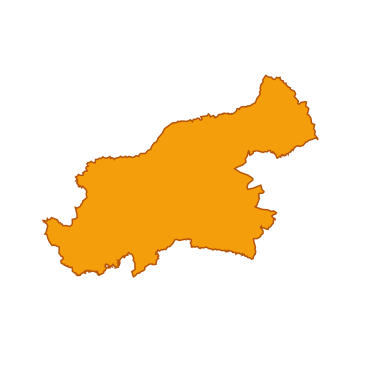 outline of Hot, Chiang Mai, Thailand, rotated 319°
{"feature_id": "78962969B71895248722422", "entity_name": "Hot", "entity_type": "district", "adm_level": 2, "iso_a3": "THA", "parent_name": "Thailand", "parent_adm1": "Chiang Mai", "projection": "albers", "projection_center": [98.473, 18.094], "detail": "fine", "context": "isolated", "style": "filled", "palette": "amber", "viewbox_px": 384, "rotation_deg": 319, "n_neighbors": 0, "source": "geoboundaries", "source_scale": "gbopen_adm2", "svg_char_len": 6041}
<svg xmlns="http://www.w3.org/2000/svg" viewBox="0 0 384 384"><g transform="rotate(319 192 192)"><path d="M324.2,152.4L319.1,153.8L318.2,155.3L316.9,155.9L314.5,156.2L311.6,158.3L310.6,160.3L309.0,160.6L307.3,163.1L303.0,163.8L298.2,166.2L294.1,165.1L293.0,165.4L290.2,163.4L289.3,163.6L285.5,160.4L283.5,160.0L281.9,160.6L281.7,159.6L280.6,158.8L278.4,160.1L273.8,159.8L273.3,158.8L272.6,159.0L271.6,157.5L270.8,157.4L271.0,156.3L269.0,155.1L268.0,153.5L266.7,153.6L266.4,152.8L265.0,152.6L263.0,151.1L260.2,151.8L258.9,150.7L258.0,151.0L258.5,148.4L255.1,147.3L255.9,145.3L255.6,143.9L253.5,144.5L248.1,141.0L247.2,143.7L246.0,143.7L245.4,142.8L245.7,141.3L244.7,140.0L242.2,139.5L240.7,138.1L238.4,139.2L238.2,136.5L234.7,135.5L230.2,131.2L228.9,131.0L228.1,129.6L225.6,129.3L222.6,127.1L212.7,126.2L208.4,128.2L201.4,129.1L200.2,130.1L197.8,130.8L195.6,130.1L191.1,131.3L189.0,132.7L186.0,131.7L182.0,132.3L178.4,129.2L176.6,129.3L175.1,130.3L173.6,127.9L171.1,127.6L169.8,126.9L167.9,123.9L165.7,123.4L165.4,121.6L162.2,120.5L161.7,118.3L160.0,118.2L155.9,116.1L154.7,116.5L154.8,115.4L154.0,113.4L152.6,113.3L153.3,111.4L149.9,110.6L148.1,108.5L147.8,107.0L145.4,107.1L144.4,105.8L142.4,105.6L140.5,104.2L138.2,106.4L136.9,105.5L136.0,102.7L133.8,102.5L132.8,101.6L131.1,101.9L130.7,104.4L128.8,103.7L127.6,104.3L126.7,107.4L125.2,106.2L122.1,105.9L121.8,107.3L120.8,107.9L118.4,105.9L117.8,104.2L116.1,104.8L113.9,104.3L114.0,107.0L111.7,107.5L112.9,108.4L111.1,109.6L111.5,110.2L110.8,110.7L111.0,112.0L110.0,113.2L110.2,114.1L111.4,113.8L111.8,114.2L111.5,116.4L113.1,116.0L113.6,120.7L112.7,122.9L111.0,123.9L108.9,127.3L104.0,127.1L101.5,128.6L100.0,128.6L98.2,129.6L94.7,128.8L93.8,127.1L90.8,133.0L88.6,135.9L86.1,135.7L83.7,134.1L81.2,137.1L79.6,138.0L77.2,137.9L75.0,134.8L72.6,132.9L72.8,130.7L72.1,130.2L72.3,128.5L71.4,127.7L72.1,124.5L69.1,119.1L66.6,119.7L65.4,118.5L65.4,117.2L63.5,118.7L60.9,115.8L60.6,117.5L61.5,120.3L61.0,122.9L55.3,126.8L53.4,127.2L54.3,128.3L54.4,129.6L52.8,132.4L51.8,136.1L51.3,140.5L53.4,141.9L55.7,146.5L51.5,150.9L51.1,155.1L51.8,155.8L51.6,157.4L50.6,158.0L48.1,157.7L46.7,159.6L47.5,162.4L48.4,163.0L47.8,163.3L48.5,165.5L49.7,166.0L49.2,166.4L49.6,167.8L50.3,169.0L50.7,168.8L52.1,170.0L49.8,173.4L50.3,176.0L51.1,176.8L50.4,178.5L51.2,179.0L50.7,179.5L50.9,180.1L52.2,180.4L52.1,181.0L53.2,181.5L54.7,181.0L57.1,181.4L58.2,183.2L58.7,181.5L59.4,182.1L59.7,181.6L60.3,182.0L60.4,182.8L62.1,182.7L61.8,184.5L63.2,184.4L62.5,185.3L65.5,186.6L65.9,187.9L66.8,188.3L66.8,189.2L67.7,189.3L67.2,190.9L67.9,190.7L67.1,191.7L67.8,191.9L67.7,192.7L66.9,193.5L67.3,193.8L72.2,195.1L73.9,193.9L74.9,194.4L77.9,193.0L77.4,191.3L78.5,191.1L78.8,190.0L79.6,189.8L80.6,191.0L81.0,192.9L79.8,193.3L78.8,194.5L80.8,195.4L80.8,194.3L81.4,194.3L82.7,195.0L82.8,195.7L83.2,194.9L85.0,194.8L84.7,197.2L85.5,198.0L84.3,198.9L87.2,200.4L88.2,198.8L89.0,199.5L90.0,198.9L89.4,198.8L89.3,198.0L90.7,197.8L89.8,196.7L90.9,196.7L91.1,194.9L92.2,196.6L92.8,195.8L98.1,195.2L97.8,197.1L98.7,197.1L99.7,196.2L102.3,197.5L102.5,196.4L104.5,196.2L104.5,197.9L105.7,199.2L105.6,200.8L104.6,203.7L102.8,205.0L102.6,207.6L98.2,213.2L94.3,212.6L92.2,217.5L94.3,218.0L97.4,217.5L99.3,218.8L100.6,218.5L104.3,219.6L105.8,219.2L106.9,217.9L112.7,218.5L114.9,220.5L114.9,221.3L117.5,222.9L120.6,220.1L123.3,220.1L123.2,219.3L124.1,218.2L124.9,218.5L125.6,216.6L124.9,215.3L123.9,215.0L125.2,214.0L126.5,214.4L128.0,213.4L128.7,215.2L131.4,215.5L132.0,216.5L133.6,217.0L134.5,218.3L137.6,217.4L139.5,218.6L143.8,218.2L147.9,216.8L149.2,217.6L150.6,220.2L155.5,222.9L156.5,224.4L158.2,224.4L158.7,226.2L159.7,226.4L160.0,227.7L159.1,228.9L157.6,229.0L156.7,231.7L155.6,232.8L155.7,233.7L157.0,233.8L157.8,235.3L160.4,236.7L160.6,239.0L161.3,240.1L162.3,239.9L164.2,241.9L166.4,242.5L167.8,246.1L169.4,247.7L169.6,249.3L172.4,250.5L172.8,252.1L174.5,252.9L176.4,256.3L178.5,257.3L178.2,258.9L179.1,259.9L180.2,259.1L180.8,259.8L180.5,260.6L181.8,260.7L183.4,263.5L183.0,264.3L185.3,266.3L184.4,267.8L186.2,268.0L187.6,269.4L187.9,270.8L189.5,271.5L189.0,272.1L189.8,272.8L188.7,272.9L190.3,273.8L190.0,275.3L191.4,276.7L191.0,277.8L192.8,280.1L192.8,281.7L194.5,282.4L195.3,281.4L198.6,280.1L199.0,280.4L201.4,278.3L201.7,276.5L203.4,275.6L207.1,268.2L207.9,267.7L210.8,270.0L214.4,270.5L216.0,269.7L218.4,269.9L220.1,267.9L220.5,263.6L221.9,263.2L221.3,265.0L222.8,266.5L224.2,269.5L225.2,270.1L226.4,269.1L228.5,269.6L232.8,268.8L235.9,266.1L236.6,267.4L237.1,266.9L236.1,264.1L236.4,262.6L238.1,262.4L240.7,263.5L242.1,263.0L241.2,259.8L239.4,259.1L237.6,255.4L233.3,250.8L230.0,244.9L230.2,244.3L231.7,244.8L238.7,241.0L238.8,239.8L240.3,238.7L240.8,237.2L242.0,237.3L244.7,239.3L246.0,239.3L246.7,238.7L246.3,236.5L248.4,232.0L240.4,229.2L236.0,226.6L236.6,224.4L239.8,222.6L245.6,222.9L246.7,221.8L245.4,216.3L241.5,209.3L239.4,202.4L242.6,202.9L247.8,204.8L252.3,204.9L254.0,202.0L257.3,201.1L261.5,198.1L261.7,199.6L260.2,200.9L259.9,202.4L263.5,202.9L264.8,201.7L268.0,203.3L271.6,208.7L273.8,209.6L275.3,211.1L277.1,211.0L278.2,211.9L277.6,213.6L278.4,215.1L279.1,214.5L279.7,216.4L279.2,216.8L279.7,219.2L278.4,221.6L278.7,222.5L281.6,222.7L281.9,223.9L282.9,223.0L284.0,223.0L284.7,223.2L284.5,223.9L285.0,223.6L285.6,225.4L286.6,225.3L286.8,225.8L288.0,225.2L289.5,225.8L289.3,226.6L290.2,225.9L292.3,226.0L292.7,226.6L294.4,225.8L295.8,226.0L295.8,226.8L297.5,225.9L300.1,225.8L302.4,226.6L303.1,228.3L306.4,229.7L310.7,229.0L311.5,229.6L313.8,229.6L320.8,232.5L321.5,233.9L321.2,235.4L322.1,233.6L322.1,229.1L324.7,227.3L325.3,224.0L328.8,221.6L327.4,218.5L330.1,214.3L330.7,210.6L329.9,209.1L334.9,205.6L334.2,201.7L337.3,199.3L336.8,198.2L332.9,195.9L330.4,196.1L330.0,195.4L330.2,194.2L331.9,193.3L331.9,186.9L334.4,186.2L335.4,183.2L333.6,179.0L334.5,177.8L333.4,175.3L333.4,172.6L334.3,171.6L333.0,170.8L332.9,168.8L333.8,168.0L333.0,167.3L332.5,165.2L333.6,163.2L332.4,162.8L331.0,161.0L328.2,161.4L327.3,160.0L327.2,157.5L325.0,155.2L324.2,152.4Z" fill="#f59e0b" stroke="#b45309" stroke-width="1.5"/></g></svg>